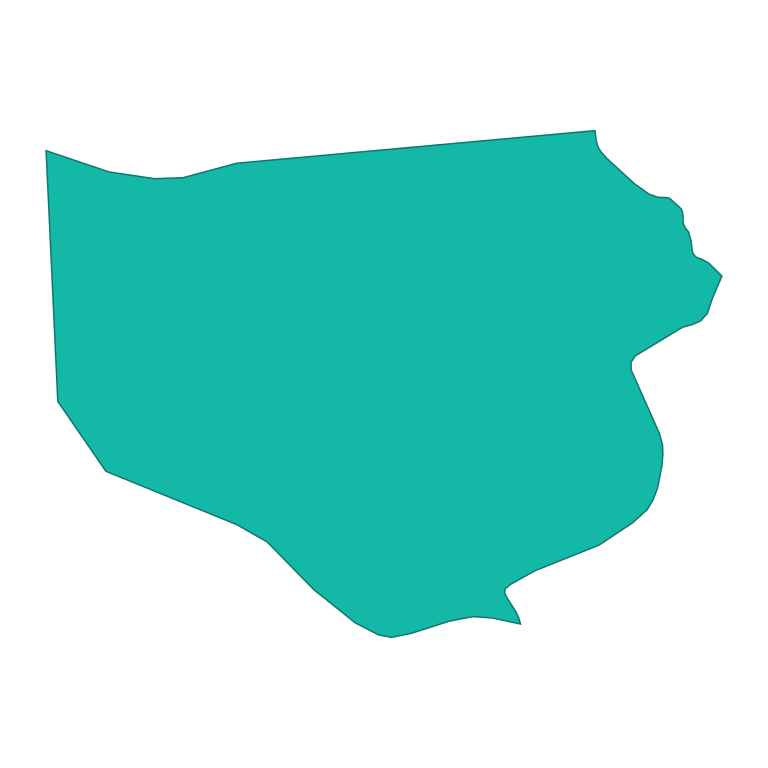 the Province of Enga
{"feature_id": "PNG-1238", "entity_name": "Enga", "entity_type": "Province", "adm_level": 1, "iso_a3": "PNG", "parent_name": "Papua New Guinea", "parent_adm1": "", "projection": "robinson", "projection_center": [143.878, -5.472], "detail": "fine", "context": "isolated", "style": "filled", "palette": "teal", "viewbox_px": 768, "rotation_deg": 0, "n_neighbors": 0, "source": "natural_earth", "source_scale": "10m", "svg_char_len": 994}
<svg xmlns="http://www.w3.org/2000/svg" viewBox="0 0 768 768"><path d="M595.0,130.6L596.2,140.5L597.3,144.7L598.1,147.1L601.1,152.1L606.8,158.4L634.6,183.9L649.2,194.2L656.2,196.7L658.7,197.4L666.7,197.6L668.7,198.0L670.4,199.0L680.0,207.7L681.4,209.4L682.5,212.1L683.2,217.0L683.0,220.4L683.4,223.8L684.8,227.1L688.5,231.8L691.1,241.0L692.2,250.6L693.0,253.2L694.6,255.6L696.9,257.6L701.4,259.0L708.9,263.2L721.9,276.1L712.4,298.3L707.4,313.3L700.7,320.8L692.2,324.6L682.6,327.2L635.2,355.9L631.1,362.3L631.1,369.8L659.4,433.4L662.5,444.8L662.9,453.8L662.0,465.5L657.5,488.2L653.0,500.0L647.2,509.6L632.7,522.7L599.2,545.0L535.0,570.7L510.6,584.3L505.5,588.5L504.6,592.2L506.1,596.2L516.0,612.0L518.8,618.0L520.5,624.0L492.4,618.0L472.7,616.6L449.1,621.2L411.4,633.3L391.4,637.4L378.4,634.8L355.3,622.9L313.9,589.7L267.1,541.9L236.7,524.6L105.9,471.3L57.8,401.4L46.1,150.7L108.8,171.9L154.6,178.7L183.0,177.7L236.9,163.2L595.0,130.6Z" fill="#14b8a6" stroke="#0f766e" stroke-width="1.5"/></svg>